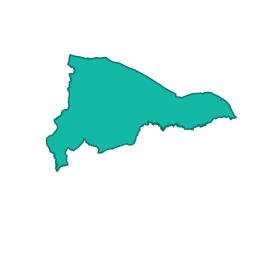 the district of Ban Phue, Udon Thani, Thailand, rotated 121°
{"feature_id": "78962969B51412577639732", "entity_name": "Ban Phue", "entity_type": "district", "adm_level": 2, "iso_a3": "THA", "parent_name": "Thailand", "parent_adm1": "Udon Thani", "projection": "mercator", "projection_center": [102.531, 17.723], "detail": "fine", "context": "isolated", "style": "filled", "palette": "teal", "viewbox_px": 256, "rotation_deg": 121, "n_neighbors": 0, "source": "geoboundaries", "source_scale": "gbopen_adm2", "svg_char_len": 5839}
<svg xmlns="http://www.w3.org/2000/svg" viewBox="0 0 256 256"><g transform="rotate(121 128 128)"><path d="M86.5,63.8L85.9,63.0L84.0,63.2L83.3,62.8L83.0,62.2L82.2,62.6L81.8,61.3L80.1,59.9L77.6,60.0L76.1,59.6L75.2,59.0L74.8,57.7L71.8,55.7L70.1,52.5L69.0,52.0L68.5,51.4L68.6,50.1L68.3,49.1L67.5,48.9L66.2,47.9L66.5,46.5L67.6,44.9L67.6,44.1L65.7,44.1L65.9,43.4L65.3,42.9L64.9,42.1L63.3,40.8L62.7,42.4L62.7,43.9L61.7,44.6L58.5,50.0L57.0,51.5L55.5,54.8L54.8,57.6L54.4,61.5L54.5,61.9L55.8,62.9L54.4,64.0L54.4,67.3L55.0,71.5L54.8,73.8L55.4,75.8L56.4,78.0L58.7,80.9L60.1,81.2L60.3,82.9L64.1,88.6L66.1,91.0L74.6,97.7L74.8,99.1L75.5,100.0L75.8,101.4L76.5,102.8L76.6,103.3L74.7,104.2L74.4,104.8L75.0,115.0L74.9,119.8L74.4,123.4L74.6,126.3L74.3,130.5L74.3,138.8L74.8,152.2L76.2,158.8L76.9,168.2L77.4,170.4L79.2,174.4L79.5,177.9L78.9,183.3L82.6,188.0L84.0,191.2L87.9,195.4L88.2,196.6L88.8,197.1L88.8,197.8L89.4,197.8L89.1,198.7L90.1,199.7L90.7,201.3L91.8,205.4L94.2,211.3L95.0,215.2L96.7,215.0L98.3,214.1L99.6,213.9L100.3,212.9L103.3,212.6L104.4,212.2L104.8,209.8L104.5,209.7L105.3,208.1L105.1,207.5L104.3,207.0L104.4,205.0L105.2,204.9L105.9,203.5L107.4,203.3L107.5,202.4L110.5,203.2L110.7,204.1L110.5,204.5L111.6,205.3L111.6,205.9L112.2,205.9L112.7,205.3L113.1,205.2L113.2,204.0L114.0,204.0L115.0,202.4L116.1,202.2L116.4,201.5L117.2,200.8L117.8,201.7L119.3,201.8L119.5,201.0L120.9,200.7L121.6,200.0L122.1,200.2L122.8,199.0L123.8,199.0L124.1,199.6L124.7,199.8L125.1,199.4L125.7,199.6L125.8,199.4L126.2,199.4L126.5,198.0L126.9,197.6L127.0,197.1L127.8,196.8L128.7,195.8L136.6,192.4L139.3,189.7L140.9,189.7L142.5,189.1L143.4,189.2L143.9,189.7L144.7,191.4L145.4,191.6L145.7,192.1L146.6,192.3L147.2,193.0L147.8,192.6L148.7,192.8L148.7,192.5L149.1,192.2L149.6,192.3L150.1,191.9L150.6,192.2L151.6,191.6L152.0,191.8L152.0,192.1L152.6,192.1L153.1,192.8L153.8,192.9L153.9,193.3L154.2,193.0L155.1,193.2L155.2,193.6L155.8,193.7L156.1,194.3L156.6,194.3L156.9,193.9L157.7,194.4L158.0,195.2L158.6,195.4L159.1,195.4L160.1,194.1L160.7,194.0L161.2,193.1L161.5,191.2L162.3,189.9L163.3,188.8L164.6,188.3L167.0,188.1L169.2,188.6L172.2,188.8L173.8,189.4L175.3,191.3L177.0,191.6L178.5,192.2L179.3,192.1L182.5,190.2L184.3,188.4L185.3,186.1L186.0,185.2L186.1,184.3L187.0,184.0L188.0,182.6L188.3,180.9L188.1,180.5L188.2,179.0L187.8,179.0L187.9,178.5L188.8,177.3L189.5,177.2L189.3,177.0L189.8,176.4L190.0,176.4L189.9,176.2L191.1,175.7L191.0,175.3L191.5,175.3L191.5,174.1L191.8,173.5L192.7,172.9L193.2,173.1L195.0,171.9L195.4,172.0L195.7,171.3L195.4,171.2L195.4,170.6L195.7,170.0L196.3,170.1L196.3,169.8L196.5,170.0L196.5,169.7L196.9,169.9L197.2,169.6L197.4,169.9L197.8,169.3L198.5,169.1L198.9,169.7L199.4,169.1L199.2,169.2L199.1,168.8L199.8,168.6L200.1,168.8L200.4,168.1L200.2,167.8L200.1,167.5L200.4,167.6L200.8,167.1L201.6,167.1L201.4,166.5L200.5,166.2L197.0,166.3L195.6,165.8L194.1,164.2L193.8,164.3L193.0,163.6L193.0,163.2L192.6,163.1L192.6,162.4L191.9,162.0L191.4,161.1L190.0,160.8L187.8,164.0L183.4,166.0L183.0,166.6L182.9,167.8L181.9,168.8L179.8,169.4L176.6,169.6L175.7,169.2L175.4,168.0L176.2,166.4L175.7,165.8L175.9,165.2L175.3,164.5L175.5,163.0L170.3,161.0L165.2,159.6L162.7,159.5L159.8,160.3L159.7,159.9L160.2,159.2L160.2,158.0L161.7,156.4L161.8,155.6L161.6,155.1L161.9,155.0L161.5,154.2L162.0,153.7L161.7,153.1L162.0,153.0L161.8,152.5L162.0,152.4L161.7,152.3L161.5,151.4L162.0,150.3L161.0,149.1L161.1,147.8L160.6,147.3L160.0,145.0L161.2,141.6L163.2,141.3L164.7,140.7L163.2,138.4L162.5,137.6L159.4,136.3L156.3,134.1L155.2,132.9L154.7,131.8L153.6,131.2L153.8,130.4L151.8,129.4L142.7,121.5L142.0,120.7L142.2,119.4L141.5,117.5L140.2,116.1L138.9,115.3L137.6,115.0L134.1,115.4L130.9,116.8L129.4,116.0L128.6,116.3L127.9,117.4L127.3,116.9L123.2,117.0L122.8,117.7L120.8,118.3L120.0,117.8L119.9,117.4L118.5,116.7L118.2,116.2L117.6,116.6L115.7,115.6L115.9,115.2L115.7,113.4L114.7,112.4L114.0,112.6L114.0,113.1L113.5,113.1L113.3,113.7L112.9,113.6L112.5,113.9L112.5,113.5L112.3,113.7L111.8,113.5L111.8,113.2L112.1,113.0L111.5,112.8L111.5,111.8L111.7,111.5L111.0,111.0L111.1,110.2L111.7,109.8L111.5,109.5L111.7,108.8L112.0,109.2L112.2,108.5L112.8,108.3L111.9,108.3L112.0,107.8L111.5,107.8L111.7,108.0L111.3,108.2L111.3,107.8L110.8,107.7L111.0,107.5L110.1,107.1L110.2,106.8L109.7,106.4L110.2,106.2L110.0,105.1L109.3,104.9L109.0,105.3L109.3,105.6L108.8,105.7L108.5,104.5L108.9,104.5L109.1,104.1L109.4,104.4L109.3,104.2L109.8,103.5L108.9,103.4L109.3,102.9L109.1,102.4L109.5,102.0L109.9,102.2L109.9,101.6L110.2,101.0L109.3,100.4L110.1,99.8L110.1,99.3L110.4,99.8L111.2,99.8L111.2,99.4L110.7,99.3L111.4,98.9L111.1,98.3L111.7,98.4L111.8,98.0L111.4,97.6L111.9,97.6L112.1,97.8L112.3,96.5L111.9,96.4L111.5,96.7L111.2,96.1L110.7,96.3L110.4,96.1L110.0,96.5L109.9,96.2L109.5,96.1L108.2,96.8L107.9,96.3L107.6,96.5L107.3,96.1L107.3,96.5L106.9,96.0L106.7,96.1L106.7,95.6L106.4,95.5L106.8,95.2L106.6,95.3L106.6,94.9L105.7,94.7L105.2,94.8L105.4,94.4L104.9,94.5L104.5,93.3L103.6,93.5L103.6,92.9L103.2,92.9L103.4,92.6L102.7,92.5L102.4,92.0L102.9,91.2L102.7,90.3L102.4,90.3L102.7,89.9L101.9,90.1L101.4,89.8L101.5,89.4L100.8,89.3L100.8,89.6L100.3,89.1L100.1,89.3L99.7,89.1L99.6,88.5L99.2,88.2L99.7,88.1L99.4,87.6L99.9,87.8L100.2,87.6L99.8,87.1L100.3,87.1L99.9,86.7L100.6,86.3L100.1,86.1L100.6,85.4L100.0,84.9L100.3,84.6L99.7,84.2L99.8,83.2L98.3,82.4L99.1,81.7L98.4,81.2L98.3,80.7L99.1,80.3L99.7,78.4L98.4,76.9L98.2,76.0L97.2,75.3L97.0,74.2L96.6,74.0L96.4,73.6L96.6,72.7L95.9,72.2L95.6,72.3L95.7,71.4L94.6,71.9L93.6,72.0L92.9,71.6L92.8,70.7L91.5,70.4L91.1,69.7L90.6,69.7L90.4,69.4L89.7,69.6L89.8,68.9L89.4,68.9L89.2,68.6L88.8,68.8L88.6,68.3L88.8,67.4L89.5,67.3L89.5,66.7L89.0,66.3L89.3,66.0L88.8,65.7L88.7,65.3L87.8,65.5L87.9,65.0L87.6,64.7L87.1,65.0L87.3,65.7L86.8,65.4L86.5,65.6L86.3,65.1L86.6,65.0L86.6,64.7L86.3,64.7L86.0,64.1L86.5,63.8Z" fill="#14b8a6" stroke="#0f766e" stroke-width="1.5"/></g></svg>